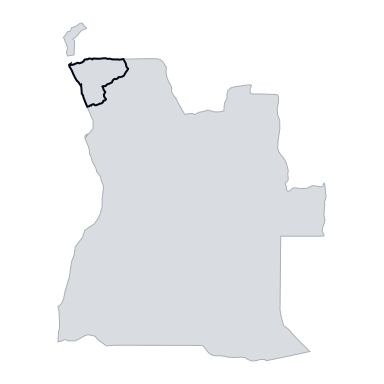 where Zaire sits in Angola
{"feature_id": "AGO-1882", "entity_name": "Zaire", "entity_type": "Province", "adm_level": 1, "iso_a3": "AGO", "parent_name": "Angola", "parent_adm1": "", "projection": "robinson", "projection_center": [13.603, -6.817], "detail": "fine", "context": "in_parent", "style": "outline", "palette": "ink", "viewbox_px": 384, "rotation_deg": 0, "n_neighbors": 0, "source": "natural_earth", "source_scale": "10m", "svg_char_len": 5931}
<svg xmlns="http://www.w3.org/2000/svg" viewBox="0 0 384 384"><path d="M324.5,183.2L325.0,186.5L325.4,191.0L325.7,194.3L326.0,195.7L326.1,196.5L325.8,197.3L325.4,199.3L324.8,201.0L324.4,202.2L324.7,204.4L324.2,211.0L324.0,214.2L324.8,220.0L324.7,221.8L322.8,227.1L322.3,229.8L322.2,231.2L324.0,235.1L323.9,235.9L322.5,236.1L321.3,236.2L280.7,236.2L280.1,303.9L280.0,309.6L281.3,317.3L283.6,325.6L284.5,326.4L286.9,327.9L290.2,331.0L292.0,333.4L295.8,337.5L300.8,342.7L309.9,351.5L279.1,358.1L267.3,360.5L266.2,360.5L264.5,359.5L260.7,359.4L256.3,360.6L252.7,361.0L250.1,360.4L247.6,359.3L245.1,357.7L240.8,357.1L234.7,357.5L228.8,357.2L223.2,356.1L219.1,355.7L216.6,355.9L214.0,355.6L211.2,354.7L208.9,353.1L206.1,349.8L203.9,346.6L203.4,346.2L202.7,345.7L202.0,345.5L189.8,345.4L115.7,345.2L107.1,345.8L106.5,345.7L105.4,345.3L104.7,344.6L102.3,342.8L100.1,341.4L97.3,339.1L95.4,336.6L93.8,335.8L91.1,335.3L89.0,334.9L87.3,334.8L84.3,336.0L82.0,337.2L80.4,338.3L77.7,339.6L75.3,340.9L71.2,340.7L70.3,340.9L68.0,340.8L65.9,339.7L63.7,339.8L61.3,341.2L57.9,341.8L58.6,332.4L59.5,328.2L59.5,323.3L59.0,310.4L58.3,308.6L57.9,306.6L60.1,305.0L61.2,303.8L62.6,301.6L63.7,298.6L64.9,292.1L69.4,276.9L71.5,262.0L74.2,254.9L75.2,247.0L82.8,236.8L84.7,230.6L88.6,227.5L94.1,224.2L98.1,218.4L100.0,214.4L102.1,206.6L102.1,198.6L103.5,187.8L103.2,184.7L101.1,180.4L100.7,177.3L98.8,174.3L96.8,172.0L95.8,168.0L92.2,161.5L91.3,157.3L89.6,154.2L89.3,150.4L88.4,146.4L86.6,142.4L84.9,137.9L84.9,136.5L86.0,134.8L87.0,134.2L86.7,135.1L86.0,136.1L86.1,136.9L92.8,128.9L93.2,127.4L93.0,125.6L93.0,123.5L93.2,121.0L86.9,106.4L81.9,92.7L81.1,85.8L74.5,76.8L71.8,70.9L70.4,66.8L69.2,65.2L69.7,64.4L71.4,64.2L75.2,63.2L80.4,62.2L85.2,59.8L86.4,58.7L89.0,58.5L91.6,59.2L92.5,58.7L93.1,58.7L99.2,58.7L101.7,58.5L106.4,58.6L109.4,58.8L111.0,59.0L115.6,59.4L121.3,59.3L123.3,59.1L130.7,59.0L144.7,58.7L152.0,58.7L157.6,58.8L160.2,59.6L162.5,61.3L163.5,62.7L164.0,63.4L164.7,65.0L166.0,66.2L166.4,68.1L166.0,70.7L166.2,73.8L167.0,77.5L168.5,81.3L170.8,85.3L171.8,88.5L171.5,90.9L172.2,93.4L174.0,96.0L175.2,97.4L175.9,98.4L177.9,102.5L184.3,113.7L185.2,114.3L186.6,114.1L189.6,113.6L192.5,113.5L194.6,114.5L195.4,114.3L198.6,112.4L201.7,111.8L205.0,111.0L206.7,110.2L208.7,110.2L214.1,111.8L215.1,111.9L219.4,111.9L223.8,111.0L224.4,104.5L224.5,103.3L225.5,100.8L226.9,98.7L227.0,96.7L227.0,93.9L227.9,90.6L230.8,87.9L235.6,86.6L238.2,86.4L242.5,85.6L248.9,84.9L251.2,85.0L251.4,85.4L250.0,90.0L250.0,91.5L250.5,93.0L251.6,93.9L264.3,94.1L276.6,94.6L277.3,94.8L277.8,95.1L278.6,97.4L278.4,101.9L277.2,108.5L277.6,114.6L279.7,120.3L279.8,129.1L278.1,140.9L277.7,148.3L278.7,151.5L280.7,154.7L283.7,158.1L286.1,162.6L287.7,168.0L288.3,171.4L287.8,172.8L287.8,175.3L288.3,178.7L287.7,181.1L286.0,182.2L285.4,183.7L286.3,186.7L286.5,189.5L287.6,191.2L288.4,191.4L290.1,190.4L292.1,188.6L293.8,187.8L296.1,187.9L299.3,188.4L305.0,188.6L306.8,188.3L312.1,185.8L313.5,185.7L315.6,185.9L318.6,186.6L321.6,186.8L323.1,186.0L323.2,185.0L323.7,183.7L324.5,183.2ZM86.5,28.2L86.2,28.6L83.8,29.7L81.2,30.7L77.8,34.9L76.1,36.7L75.6,37.2L74.0,38.2L72.9,39.0L72.9,39.5L73.7,40.0L74.5,40.9L74.4,47.8L74.1,54.5L73.6,55.1L71.5,55.3L68.6,55.8L67.7,56.1L67.4,55.4L66.4,53.0L67.0,50.6L67.5,48.9L66.9,45.3L65.4,42.1L63.9,38.1L63.4,37.3L64.7,36.0L66.7,33.2L67.5,31.7L69.8,31.4L70.6,30.4L71.2,28.7L71.4,27.8L74.0,27.0L77.1,25.6L78.8,24.1L80.5,23.1L81.6,23.0L82.3,23.4L84.3,26.1L86.0,27.8L86.5,28.2Z" fill="#d9dde1" stroke="#a8b0b8" stroke-width="1"/><path d="M105.6,58.2L106.5,58.5L107.0,58.8L107.3,58.9L109.9,58.7L110.4,58.8L111.7,59.3L112.2,59.4L114.5,59.4L116.4,59.5L117.4,59.3L118.8,59.7L119.5,59.7L122.3,59.2L123.5,59.1L123.9,60.2L125.5,62.9L125.8,63.7L126.3,66.1L126.6,67.0L127.6,68.2L128.1,68.7L127.9,69.4L127.1,70.6L127.0,70.8L126.5,71.2L126.4,71.3L125.4,73.0L124.5,74.5L124.3,75.0L124.1,75.4L123.8,75.7L122.4,76.5L121.6,76.8L120.3,77.1L118.6,77.1L118.2,77.5L117.8,78.3L117.7,78.4L116.1,79.1L115.8,79.1L115.4,79.0L115.1,79.0L114.9,79.0L114.7,78.9L114.4,79.0L114.1,79.1L113.2,79.9L113.0,80.3L112.8,80.5L112.7,80.7L112.5,81.0L112.4,81.1L112.4,81.4L112.1,82.2L111.9,82.3L110.0,83.4L108.8,83.8L107.8,84.1L107.1,84.4L106.8,84.7L106.8,84.8L106.6,85.0L106.2,85.3L105.9,85.5L105.6,86.0L105.4,86.0L105.1,86.1L103.9,86.1L103.7,86.1L103.4,86.1L102.8,86.2L102.4,86.5L103.1,87.8L103.6,89.7L104.0,90.4L104.5,91.0L104.9,91.4L105.2,91.8L105.2,92.4L104.1,94.1L103.9,94.8L103.9,95.7L104.5,97.2L104.9,97.8L105.6,98.6L105.9,99.0L105.9,99.3L105.8,99.6L105.6,99.7L105.4,99.9L105.1,100.3L104.8,100.5L104.5,100.5L104.1,100.5L103.5,100.7L103.3,101.1L102.8,102.4L102.7,102.5L102.0,102.9L101.9,103.0L101.6,103.2L101.3,103.4L101.2,103.4L101.1,103.5L100.9,103.6L100.7,103.7L99.9,103.7L99.6,103.7L99.2,103.9L99.0,104.0L98.8,104.2L98.7,104.3L96.0,105.2L95.7,105.3L95.2,105.2L94.8,105.1L94.7,105.0L94.4,104.9L93.9,104.4L93.7,104.2L93.3,104.2L92.5,104.4L92.0,104.6L91.7,104.8L91.5,105.0L91.4,105.1L91.3,105.3L91.2,105.5L90.8,105.5L90.7,105.5L90.6,105.4L90.4,105.3L89.7,105.8L89.4,106.0L89.2,106.2L88.8,106.3L88.2,106.5L87.2,106.7L84.7,100.7L83.6,97.8L83.0,95.3L82.4,94.6L82.1,94.2L81.7,93.6L81.8,92.7L81.7,92.1L81.3,87.1L81.1,86.4L81.0,86.0L81.0,85.8L80.9,85.7L81.0,85.5L81.1,85.3L81.2,85.2L81.3,84.9L81.2,84.6L80.6,85.1L80.1,84.8L78.5,82.3L76.6,80.4L75.1,77.8L73.1,73.7L72.3,71.6L71.7,70.2L71.1,69.3L70.6,68.4L70.0,67.6L69.2,65.8L69.1,65.0L69.4,64.5L69.9,64.4L70.3,64.1L70.2,64.4L70.1,65.1L70.6,65.1L71.4,64.8L72.5,64.8L73.9,64.5L74.6,64.0L75.1,63.8L75.8,63.7L76.9,63.0L77.2,62.8L77.7,62.8L78.2,63.0L78.7,63.2L79.3,63.3L79.9,63.1L80.9,62.9L81.9,62.5L82.4,62.1L83.4,61.6L83.8,61.0L84.2,60.4L84.3,59.9L84.6,59.6L85.2,59.5L85.6,59.5L86.0,59.3L86.3,59.3L87.1,59.4L87.4,59.4L87.8,59.2L88.7,58.7L89.0,58.5L90.8,58.7L91.8,59.0L92.5,59.4L92.7,59.2L93.1,58.6L93.3,58.5L94.0,58.5L95.8,58.6L96.4,58.8L96.7,58.8L97.1,58.6L97.3,58.6L99.0,58.8L102.6,58.4L105.6,58.2Z" fill="none" stroke="#020617" stroke-width="2"/></svg>